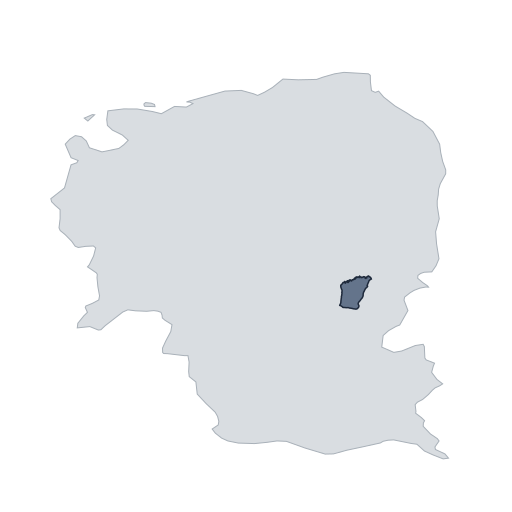 Chey Saen, Preah Vihéar, Cambodia shown in context, rotated 95°
{"feature_id": "14789045B76871664968100", "entity_name": "Chey Saen", "entity_type": "district", "adm_level": 2, "iso_a3": "KHM", "parent_name": "Cambodia", "parent_adm1": "Preah Vihéar", "projection": "equal_earth", "projection_center": [105.306, 13.6], "detail": "fine", "context": "in_parent", "style": "filled", "palette": "slate", "viewbox_px": 512, "rotation_deg": 95, "n_neighbors": 0, "source": "geoboundaries", "source_scale": "gbopen_adm2", "svg_char_len": 7433}
<svg xmlns="http://www.w3.org/2000/svg" viewBox="0 0 512 512"><g transform="rotate(95 256 256)"><path d="M440.6,46.6L441.8,51.9L438.8,62.1L435.6,71.2L429.5,79.3L429.2,85.2L427.2,102.8L428.0,108.4L429.5,113.2L431.4,115.8L436.8,133.0L441.6,148.7L446.4,161.6L447.3,169.8L443.0,190.5L438.0,209.5L438.4,219.0L440.6,228.5L443.0,241.1L443.9,257.3L442.7,267.9L440.4,274.4L436.0,281.1L432.2,284.6L427.6,278.9L424.0,278.6L419.1,280.3L415.2,283.0L407.4,292.8L398.7,302.5L386.7,304.9L382.0,312.0L377.0,313.0L367.5,313.4L361.2,315.1L361.5,318.6L361.0,335.6L361.2,339.5L360.2,340.6L355.9,341.1L348.6,338.5L338.7,334.3L331.7,333.7L328.0,341.0L325.9,343.9L323.2,344.4L320.4,345.7L319.5,349.0L319.3,353.1L320.6,360.1L321.1,371.3L320.8,379.0L323.4,383.8L338.5,400.1L343.0,404.1L343.5,406.6L340.8,415.4L343.2,427.8L338.5,427.6L330.6,422.3L326.8,419.0L322.2,421.6L320.6,421.1L317.5,415.0L313.5,408.8L309.3,408.4L300.5,410.8L291.5,412.5L288.1,412.5L286.7,413.6L281.5,422.9L279.3,421.3L270.2,417.8L261.9,416.4L260.2,418.8L261.2,426.4L263.0,433.8L262.0,437.0L257.4,440.9L251.4,447.9L247.7,453.3L245.1,454.7L236.0,454.4L226.9,455.2L223.2,460.3L219.8,464.3L216.8,465.4L204.9,452.7L181.3,448.2L178.7,442.6L176.4,441.5L174.2,448.8L161.2,455.8L155.8,451.6L151.8,446.5L152.4,440.2L156.2,435.1L162.7,431.4L165.7,418.5L160.8,402.0L156.5,397.2L151.9,393.4L147.2,399.6L143.1,410.0L138.9,415.4L133.0,416.6L124.3,416.2L121.0,400.6L119.9,387.1L121.1,371.8L122.5,362.7L114.1,350.2L113.7,338.3L109.7,332.1L108.5,335.3L108.6,338.7L107.5,336.2L94.4,301.3L92.3,285.1L94.6,272.6L95.9,268.4L92.1,261.8L86.8,254.4L77.4,244.6L76.8,229.2L74.8,211.0L72.0,204.9L67.7,193.7L65.4,184.4L64.7,159.9L66.0,157.9L72.6,157.2L81.2,155.4L82.6,151.5L81.1,148.2L86.6,142.6L94.5,130.5L100.6,117.8L105.0,109.8L107.6,101.8L116.5,90.6L128.6,82.8L136.9,81.0L145.5,78.3L153.7,74.5L157.6,74.2L167.8,78.7L173.4,79.9L179.2,79.8L185.2,80.3L190.4,79.8L202.9,76.7L216.2,79.2L228.1,77.2L242.8,73.5L250.0,75.8L256.5,79.5L257.5,87.0L259.0,90.4L261.2,93.0L264.1,93.0L267.8,87.8L270.9,82.4L272.0,81.4L272.1,84.1L273.7,89.9L276.5,95.6L279.3,99.4L284.0,104.4L287.1,104.7L297.1,99.9L312.2,106.8L313.9,110.3L318.8,117.4L324.1,122.4L335.8,122.8L340.0,110.3L338.0,102.7L331.3,89.5L329.4,81.8L331.6,80.4L342.9,78.9L344.7,77.4L347.2,68.8L350.3,69.8L356.6,70.9L363.2,65.0L367.1,58.9L369.3,61.7L371.7,66.0L374.2,68.5L379.0,72.2L384.3,77.4L387.6,82.5L390.2,84.5L396.9,83.1L398.7,83.3L402.6,77.1L405.4,73.7L407.7,74.7L411.1,74.6L418.1,66.7L422.1,59.5L424.3,57.5L430.6,61.1L433.1,60.4L436.7,50.5L440.6,46.6ZM116.6,379.9L115.3,380.8L114.1,380.8L112.8,379.4L112.9,373.7L113.9,370.3L116.0,369.6L116.6,379.9ZM136.2,435.3L133.6,439.1L129.4,431.3L129.4,429.1L136.2,435.3Z" fill="#d9dde1" stroke="#a8b0b8" stroke-width="1"/><path d="M268.9,139.1L268.6,139.2L268.3,139.3L268.2,139.4L268.0,139.7L267.6,139.8L267.4,140.0L267.1,140.5L266.9,140.7L266.8,141.0L266.9,141.4L266.9,141.5L266.7,141.7L266.3,141.8L266.2,141.9L266.1,142.1L266.1,142.3L266.3,142.5L266.5,143.0L266.9,143.4L267.0,143.6L267.3,143.9L267.5,144.0L267.8,144.1L268.0,144.0L268.1,143.9L268.2,144.1L268.3,144.3L268.5,144.4L268.6,144.6L268.8,144.7L268.8,144.8L268.7,145.0L268.6,145.3L268.2,145.4L267.7,145.4L267.5,145.6L267.4,145.7L267.3,145.8L267.3,146.0L267.2,146.9L267.3,147.1L267.5,147.2L267.6,147.3L267.7,147.6L267.8,147.7L267.9,147.8L267.9,148.3L267.8,148.5L267.9,148.8L268.2,148.9L268.3,148.9L268.3,149.0L268.3,149.3L268.2,149.3L267.9,149.4L267.8,149.9L267.7,150.1L267.6,150.3L267.4,150.6L267.2,150.8L267.1,151.0L267.4,151.1L267.6,151.2L268.0,151.3L268.3,151.2L268.5,151.3L268.5,151.5L268.4,151.6L268.1,151.7L268.0,151.8L267.9,152.0L267.9,152.4L267.9,152.5L268.0,152.6L268.3,152.9L268.4,153.1L268.2,153.2L268.1,153.4L268.1,153.5L268.1,153.9L268.1,154.2L268.2,154.3L268.3,154.5L268.5,154.7L268.8,154.7L269.1,154.4L269.3,154.5L269.4,154.8L269.4,155.0L269.3,155.3L269.3,155.5L269.4,155.8L269.5,155.8L269.7,155.7L269.8,155.7L270.2,155.3L270.4,155.3L270.5,155.5L270.5,156.0L270.4,156.1L270.4,156.3L270.4,156.5L270.5,156.6L270.8,156.5L271.0,156.6L271.1,156.8L271.2,157.1L271.2,157.9L271.3,158.0L271.6,158.1L271.8,158.4L272.0,158.5L272.3,158.5L272.5,158.6L272.5,158.8L272.5,159.0L272.3,159.2L272.1,159.5L271.8,159.6L271.7,159.7L271.6,159.9L271.6,160.0L271.6,160.3L271.7,160.6L271.9,160.9L272.2,161.2L272.3,161.2L272.5,161.0L272.7,160.9L272.8,160.8L273.0,160.9L273.0,161.1L273.1,161.4L273.0,161.7L272.9,162.1L272.7,162.2L272.7,162.3L272.7,162.7L272.8,162.7L273.1,162.5L273.1,162.4L273.3,162.3L273.4,162.2L273.7,161.8L273.9,161.6L274.1,161.6L274.3,161.8L274.4,162.1L274.2,162.4L274.2,162.5L273.8,162.9L273.6,163.3L273.5,163.5L273.8,163.8L273.9,164.0L274.0,164.1L274.5,164.3L274.9,164.4L275.0,164.4L275.2,164.5L275.2,164.8L275.0,165.0L274.8,165.1L274.7,165.2L274.7,165.4L274.6,165.5L274.4,165.5L274.3,165.2L274.2,165.1L273.9,165.1L273.7,165.3L273.8,165.4L274.0,165.6L274.1,165.8L274.4,166.1L274.6,166.2L274.9,166.7L274.9,166.9L274.9,167.0L275.0,167.1L275.3,167.1L275.5,167.2L275.6,167.3L275.9,167.6L276.1,167.7L276.5,167.8L276.7,168.0L276.8,168.1L277.1,168.4L277.2,168.5L277.4,168.7L277.6,168.9L277.7,169.0L277.9,169.0L278.0,168.9L278.3,168.9L278.6,168.9L279.0,168.9L279.6,168.7L279.8,168.7L280.0,168.6L280.3,168.5L280.5,168.3L281.1,168.1L281.3,168.0L281.5,167.9L281.9,167.7L282.2,167.5L282.4,167.4L282.8,167.3L283.8,167.2L284.1,167.3L284.4,167.3L284.7,167.4L285.0,167.2L285.3,167.1L285.6,167.1L285.9,167.1L286.2,167.1L286.5,167.2L286.8,167.2L287.2,167.1L287.5,167.1L287.8,167.2L288.2,167.3L288.4,167.3L288.8,167.4L289.1,167.4L289.5,167.3L289.9,167.3L290.2,167.3L290.6,167.4L290.9,167.4L291.2,167.3L291.4,167.4L292.0,167.4L292.6,167.5L292.9,167.4L293.1,167.4L293.5,167.5L294.0,167.4L294.4,167.5L294.6,167.5L294.8,167.4L295.1,167.4L295.5,167.5L296.5,167.8L297.2,168.1L297.5,168.2L297.7,168.3L297.9,168.3L298.0,168.1L298.0,167.9L298.0,167.7L298.0,167.4L298.2,167.2L298.3,167.0L298.4,166.8L298.5,166.6L298.6,166.4L298.7,166.2L298.8,166.0L298.9,165.8L299.2,165.5L299.4,165.3L299.5,165.1L299.6,164.9L299.7,164.7L299.6,164.4L299.6,164.1L299.6,163.6L299.6,162.6L299.6,162.3L299.6,162.2L299.6,161.9L299.6,161.6L299.6,161.4L299.6,161.2L299.4,159.9L299.4,159.5L299.4,159.4L299.6,158.7L299.7,158.4L299.7,158.2L299.7,157.9L299.7,157.7L299.7,157.0L299.8,156.6L299.8,156.2L299.8,155.8L300.0,155.0L300.0,154.6L300.1,154.4L300.1,153.8L300.1,153.3L300.2,152.5L300.2,151.9L300.1,151.5L300.0,151.0L299.6,150.5L299.4,150.3L299.2,150.2L298.7,149.7L298.3,149.4L297.6,149.2L297.3,149.1L297.1,149.1L296.8,149.1L296.6,149.1L296.2,149.3L295.7,149.6L295.4,149.8L294.9,150.0L294.6,150.1L294.3,150.1L293.6,149.9L293.3,149.7L293.0,149.6L292.6,149.4L291.8,148.7L291.2,148.3L290.8,148.1L290.2,147.7L289.9,147.6L289.6,147.4L289.2,147.0L288.9,146.8L288.1,146.4L287.6,146.2L287.3,146.1L287.0,146.0L286.7,145.9L286.0,145.9L285.7,145.8L285.3,145.9L284.9,145.9L284.2,145.9L283.9,145.9L283.1,145.7L282.7,145.6L282.3,145.5L282.0,145.3L281.7,145.2L281.3,145.0L281.0,144.9L280.6,144.8L280.3,144.7L279.9,144.5L279.7,144.4L279.3,144.3L279.1,144.1L278.8,144.0L278.4,143.7L278.1,143.4L277.9,143.1L277.7,143.0L277.4,142.7L276.9,142.4L276.7,142.2L276.4,142.2L276.3,142.4L276.1,142.5L275.9,142.7L275.7,142.6L275.2,142.5L274.9,142.5L274.7,142.4L274.1,142.3L273.8,142.2L273.2,142.0L273.1,141.9L272.8,141.8L272.5,141.7L272.2,141.6L271.7,141.5L271.3,141.4L270.9,141.3L270.7,141.1L270.4,140.9L270.0,140.6L269.8,140.4L269.6,140.1L269.1,139.5L269.0,139.3L268.9,139.1Z" fill="#64748b" stroke="#1e293b" stroke-width="1.5"/></g></svg>